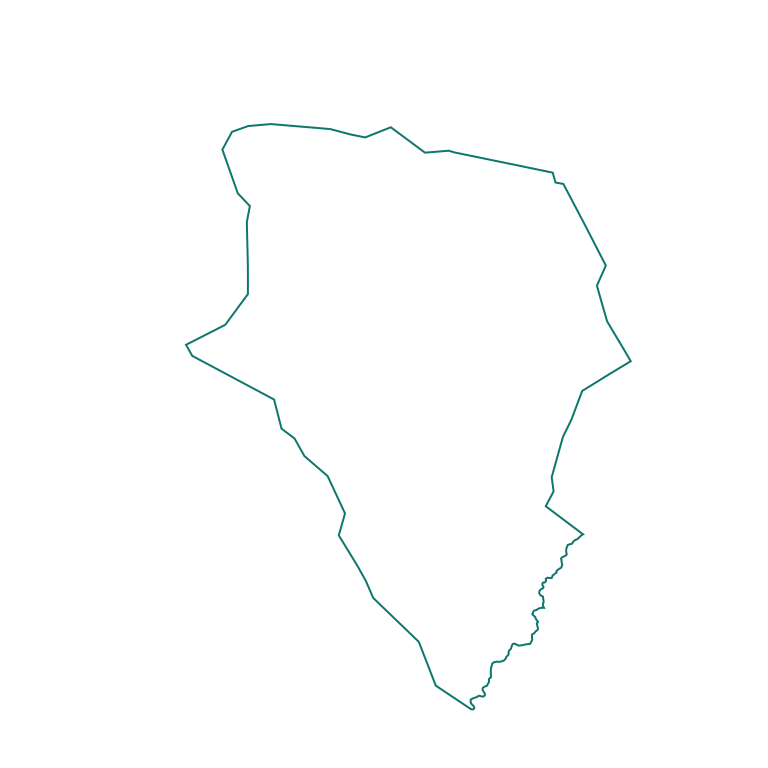 Duut, Hovd, Mongolia, rotated 204°
{"feature_id": "93677404B66868147978654", "entity_name": "Duut", "entity_type": "district", "adm_level": 2, "iso_a3": "MNG", "parent_name": "Mongolia", "parent_adm1": "Hovd", "projection": "robinson", "projection_center": [91.265, 47.542], "detail": "fine", "context": "isolated", "style": "outline", "palette": "teal", "viewbox_px": 768, "rotation_deg": 204, "n_neighbors": 0, "source": "geoboundaries", "source_scale": "gbopen_adm2", "svg_char_len": 2914}
<svg xmlns="http://www.w3.org/2000/svg" viewBox="0 0 768 768"><g transform="rotate(204 384 384)"><path d="M315.8,645.7L413.4,624.3L419.8,623.4L440.7,612.0L482.2,621.3L501.5,601.6L515.9,598.4L536.9,595.0L581.7,579.4L593.2,575.4L613.0,564.4L625.4,552.6L627.0,532.4L595.1,498.7L578.9,492.0L575.2,476.2L556.2,436.1L544.9,410.8L553.1,373.5L580.8,339.3L570.6,331.7L478.1,325.1L459.4,301.5L443.5,297.8L427.4,285.8L398.0,276.9L367.0,249.9L363.7,227.3L333.8,206.7L320.1,196.4L306.9,184.2L247.3,162.6L214.0,129.5L187.8,125.0L172.1,122.3L171.0,122.6L170.3,123.0L170.0,123.3L169.7,123.8L169.8,124.9L170.6,125.8L171.9,126.6L172.9,126.9L174.0,127.3L175.3,128.4L176.1,130.0L176.4,131.0L175.6,132.0L174.7,133.2L173.8,134.0L173.0,134.8L172.1,135.4L171.5,136.4L170.8,137.4L170.0,138.0L168.1,138.2L166.7,138.5L166.1,139.0L165.5,139.9L165.3,140.9L165.6,141.8L167.5,143.2L169.2,144.3L170.0,145.6L170.0,146.9L169.1,148.3L168.0,149.5L167.2,150.4L167.2,151.8L167.0,153.1L166.9,154.4L167.8,156.4L168.1,157.4L167.4,158.7L167.1,159.8L167.6,160.8L168.3,162.3L168.9,163.5L169.6,165.0L170.0,166.2L170.4,167.4L170.9,168.9L171.0,170.4L171.3,172.9L170.3,174.6L167.9,176.3L165.5,177.1L164.5,177.9L162.2,179.8L161.5,181.5L161.1,182.7L161.3,184.0L161.0,185.3L160.3,186.8L160.3,187.7L161.2,190.0L161.4,191.4L160.8,192.5L160.3,194.1L160.8,196.7L160.6,198.8L159.7,199.7L158.4,199.9L157.2,199.9L155.9,199.8L155.1,199.8L153.8,200.1L152.2,201.2L151.0,201.9L150.1,202.7L148.9,203.6L147.2,204.6L146.3,205.2L145.0,205.9L144.7,206.7L144.7,208.5L144.5,209.8L144.6,210.7L145.2,211.7L145.6,212.4L146.0,213.3L146.8,214.9L146.8,215.5L146.4,216.2L145.8,216.6L145.4,217.8L144.7,220.0L143.9,221.2L143.7,222.0L143.8,223.2L145.2,225.0L146.8,227.0L147.0,227.9L146.6,228.6L146.5,229.1L147.2,229.8L148.2,230.2L150.1,231.5L151.0,232.6L153.1,233.3L154.6,233.8L155.0,234.5L154.8,234.9L154.8,235.8L155.0,237.0L154.6,238.1L153.3,239.2L152.6,239.8L151.9,241.2L150.8,242.3L148.6,243.9L146.8,244.6L147.5,245.2L148.7,246.2L149.5,248.3L149.4,249.7L152.4,254.5L154.3,254.5L155.5,254.9L157.2,256.1L157.8,258.1L157.1,260.3L156.2,261.6L155.6,262.4L155.7,263.5L157.5,264.8L158.1,265.9L158.0,267.2L156.8,267.8L155.9,269.4L156.1,270.7L157.0,271.6L156.3,273.2L155.0,273.9L152.6,274.5L151.8,275.2L152.1,277.6L150.6,280.4L149.7,281.8L150.4,283.0L149.9,284.4L148.7,286.5L147.5,288.1L147.4,289.3L147.6,290.1L147.5,290.9L147.9,291.6L148.3,292.4L148.9,293.1L149.6,294.0L150.0,294.7L150.2,295.4L151.2,296.4L151.0,297.9L149.2,300.0L147.9,301.7L147.9,303.0L149.0,304.3L150.2,306.6L150.6,309.0L150.6,310.3L150.6,311.8L148.8,313.4L147.5,314.3L146.8,317.4L145.9,319.2L144.6,320.5L143.8,321.6L143.3,323.3L142.6,324.7L142.1,326.3L141.0,327.6L186.5,338.1L185.4,354.9L192.9,367.1L199.0,408.3L198.3,427.6L200.1,458.3L182.9,483.6L181.7,485.3L167.9,505.2L179.7,513.7L205.7,532.0L229.5,560.4L229.5,582.4L264.6,610.6L301.5,639.7L309.3,637.8L315.8,645.7Z" fill="none" stroke="#0f766e" stroke-width="2"/></g></svg>